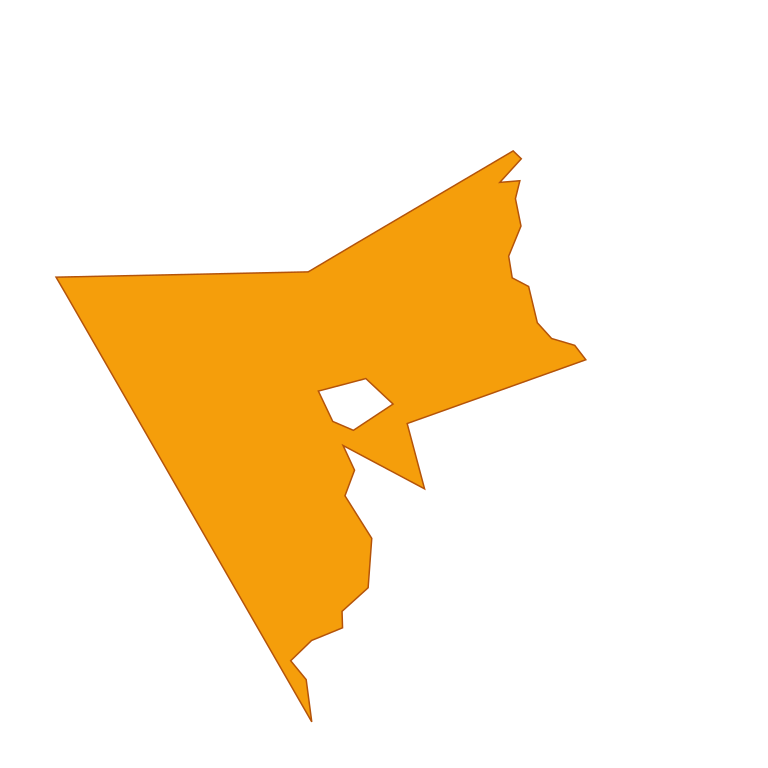 Greensville, Virginia, United States of America (Robinson projection), rotated 60°
{"feature_id": "52423323B40358920448273", "entity_name": "Greensville", "entity_type": "district", "adm_level": 2, "iso_a3": "USA", "parent_name": "United States of America", "parent_adm1": "Virginia", "projection": "robinson", "projection_center": [-77.525, 36.721], "detail": "fine", "context": "isolated", "style": "filled", "palette": "amber", "viewbox_px": 768, "rotation_deg": 60, "n_neighbors": 0, "source": "geoboundaries", "source_scale": "gbopen_adm2", "svg_char_len": 615}
<svg xmlns="http://www.w3.org/2000/svg" viewBox="0 0 768 768"><g transform="rotate(60 384 384)"><path d="M127.5,614.6L146.5,614.5L640.5,615.5L601.1,599.2L577.0,603.2L569.9,574.9L574.4,541.8L559.9,534.0L552.5,499.6L511.6,471.8L461.3,473.7L443.9,452.6L416.8,450.2L495.1,401.3L429.8,383.7L463.9,197.1L445.9,199.5L428.4,216.1L407.6,220.6L371.9,210.0L356.2,219.9L335.6,212.1L315.7,186.4L289.2,177.5L275.9,164.7L267.3,182.9L257.6,152.5L246.7,155.6L248.3,336.1L249.0,393.6L127.5,614.6ZM370.2,397.0L405.9,386.2L408.8,433.7L390.8,447.1L357.3,444.4L370.2,397.0Z" fill="#f59e0b" stroke="#b45309" stroke-width="1.5"/></g></svg>